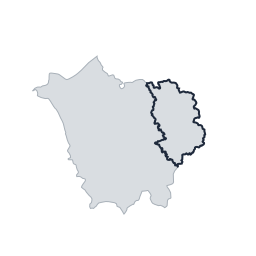 Vitebsk highlighted on a map of Belarus, rotated 59°
{"feature_id": "BLR-2341", "entity_name": "Vitebsk", "entity_type": "Region", "adm_level": 1, "iso_a3": "BLR", "parent_name": "Belarus", "parent_adm1": "", "projection": "albers", "projection_center": [28.969, 55.191], "detail": "fine", "context": "in_parent", "style": "outline", "palette": "slate", "viewbox_px": 256, "rotation_deg": 59, "n_neighbors": 0, "source": "natural_earth", "source_scale": "10m", "svg_char_len": 9114}
<svg xmlns="http://www.w3.org/2000/svg" viewBox="0 0 256 256"><g transform="rotate(59 128 128)"><path d="M199.7,175.8L196.1,175.7L191.9,175.9L189.6,177.7L187.0,176.9L185.2,177.9L181.1,182.6L179.5,185.1L178.1,188.9L177.2,191.7L177.7,193.6L178.6,195.4L178.8,197.4L179.2,198.9L178.2,200.0L177.6,201.6L175.8,201.4L173.6,199.9L173.1,197.7L171.4,196.2L170.2,195.4L168.4,195.3L165.5,196.1L161.7,196.7L158.8,196.8L157.2,197.6L154.9,198.4L154.0,197.5L152.7,195.0L151.7,192.5L150.9,191.4L150.3,191.1L149.5,191.1L148.6,191.9L148.0,192.7L145.6,193.7L144.5,194.6L143.3,196.9L142.5,196.7L141.7,196.2L140.8,193.6L139.6,193.0L137.6,193.0L135.1,192.4L133.1,191.6L132.3,191.8L131.1,192.8L129.8,193.0L126.9,192.0L126.4,192.4L124.7,195.2L123.9,195.4L123.5,195.0L123.8,192.5L122.1,191.6L119.3,191.4L117.4,191.7L116.4,191.6L115.9,191.1L113.6,186.9L112.4,186.6L110.1,186.7L106.7,186.1L102.9,185.0L100.8,184.6L99.7,183.6L97.4,183.2L91.1,181.2L88.5,180.8L84.7,180.6L78.9,179.9L75.1,179.9L73.4,180.4L71.3,180.6L64.4,180.7L61.9,181.0L61.1,181.8L60.2,183.7L57.1,186.8L54.1,188.8L53.6,189.0L52.1,187.7L50.8,187.2L49.2,186.9L48.0,187.2L47.3,187.7L47.2,190.3L47.0,190.5L46.0,187.4L46.3,184.6L47.1,183.1L48.0,181.8L47.9,179.6L48.9,176.9L49.1,174.9L48.8,174.0L48.2,172.9L46.5,171.6L45.8,170.7L43.5,169.3L41.2,167.7L40.8,166.8L41.0,166.2L41.5,165.3L43.6,162.7L45.7,160.2L47.1,159.3L54.0,156.4L55.1,155.3L55.5,153.3L55.7,149.2L55.6,145.5L55.3,142.9L54.4,138.1L51.7,127.9L50.5,117.5L51.7,118.2L54.8,118.7L57.3,118.2L58.6,118.2L59.7,118.5L63.0,118.1L63.7,119.1L65.1,120.0L68.1,119.0L70.7,117.7L73.3,118.0L73.7,117.4L74.5,113.8L75.4,113.0L78.5,113.6L79.7,113.0L81.0,111.2L82.8,110.2L84.4,110.3L86.0,109.1L86.8,110.0L87.1,111.5L86.5,112.7L86.7,113.2L87.8,113.8L89.7,113.9L90.9,113.5L91.2,112.8L91.3,111.6L91.0,110.4L90.3,109.3L88.8,108.8L87.8,108.7L87.6,108.0L88.0,106.7L89.1,104.2L90.3,102.0L91.1,101.2L91.2,100.4L91.1,99.0L91.2,96.5L92.4,93.1L93.9,90.6L95.7,89.8L98.0,89.5L99.5,88.3L100.2,86.9L100.9,84.7L101.6,84.3L107.0,84.7L107.8,82.5L108.3,81.9L109.4,81.3L110.1,80.5L109.9,79.9L108.5,79.5L105.3,79.0L104.7,78.2L104.9,77.4L105.9,75.1L106.8,72.2L107.3,69.9L107.4,68.5L107.8,68.2L110.4,67.8L111.3,67.4L113.6,64.3L115.3,63.8L119.6,64.8L121.7,64.7L124.2,65.0L124.4,64.7L125.4,61.6L129.7,56.7L132.0,55.0L133.5,54.7L134.0,54.8L136.3,57.4L136.8,57.5L138.3,56.4L141.0,56.4L142.2,57.3L143.9,60.5L144.9,60.9L147.4,59.1L148.9,58.5L149.8,58.5L154.7,61.0L155.0,61.8L155.1,62.7L154.3,65.7L155.3,67.5L156.5,68.7L159.0,66.6L159.9,66.1L161.0,66.0L162.3,65.3L163.3,64.1L164.2,63.7L166.0,64.0L169.2,63.6L173.0,65.3L173.4,65.9L175.3,67.9L176.0,68.9L176.6,69.2L177.7,70.2L179.0,70.8L180.0,70.6L180.4,70.9L180.9,71.7L180.9,73.0L180.9,76.9L179.6,79.0L179.4,79.7L179.5,80.5L180.6,82.2L182.1,84.7L182.5,86.2L182.5,87.3L180.7,90.7L180.1,91.5L179.7,93.1L179.5,94.8L179.6,95.5L182.9,98.0L185.4,99.4L185.9,100.1L186.0,100.5L184.8,103.4L184.7,104.1L186.7,105.2L187.8,107.1L188.8,110.0L190.8,112.9L197.8,116.8L198.4,117.6L198.7,118.5L198.5,120.5L197.4,124.3L198.6,124.8L201.7,124.5L205.4,124.8L210.0,127.2L210.1,128.4L209.7,129.5L210.0,130.7L210.6,131.6L214.6,134.4L215.0,135.2L215.2,136.7L215.1,137.7L214.0,138.0L212.9,138.6L211.0,140.0L210.3,141.8L207.2,144.4L205.3,145.6L203.8,145.8L200.0,145.4L198.6,144.2L198.1,143.1L196.6,142.7L194.7,142.7L192.1,143.0L191.6,143.4L191.2,144.8L190.1,147.2L189.4,148.5L192.9,153.1L194.6,154.9L195.2,156.1L195.2,156.9L194.5,157.9L194.7,159.9L196.4,162.5L195.9,162.9L195.8,166.1L196.0,169.5L196.4,170.3L197.4,171.0L198.2,172.2L199.5,175.0L199.7,175.8Z" fill="#d9dde1" stroke="#a8b0b8" stroke-width="1"/><path d="M106.1,79.3L105.8,79.3L104.8,78.9L104.6,78.7L104.5,78.4L104.7,77.8L105.3,76.8L105.5,75.7L105.7,75.4L106.3,74.8L106.4,74.4L106.1,73.8L106.2,73.0L107.3,71.5L107.5,70.9L107.6,70.1L107.5,69.3L107.4,68.5L107.8,67.9L108.2,67.7L108.7,67.8L109.5,68.2L109.9,68.1L111.3,67.5L111.7,67.1L112.7,65.3L113.7,64.2L114.1,63.9L116.3,63.7L117.0,63.8L117.4,64.0L118.4,65.0L118.9,65.2L119.2,65.1L120.4,63.9L120.8,64.5L121.3,64.8L121.8,65.0L124.0,65.2L124.5,65.2L124.8,64.0L124.9,62.6L125.4,61.3L127.1,60.2L127.7,59.2L127.8,58.5L128.3,58.0L129.5,57.1L130.0,56.0L130.3,55.7L131.2,55.5L131.9,55.2L132.7,54.6L133.4,54.4L134.0,54.8L134.3,55.3L135.5,56.6L136.0,57.4L136.4,57.7L136.7,57.8L137.1,57.6L137.7,56.7L138.0,56.5L140.5,56.2L141.8,56.5L142.9,58.3L143.1,59.0L143.2,59.8L143.4,60.4L143.8,60.8L145.1,61.1L145.5,61.1L145.5,60.3L146.0,59.9L147.0,59.4L148.0,58.8L148.8,58.4L149.8,58.5L150.8,58.8L152.1,59.8L154.7,60.5L155.0,60.7L155.6,61.4L155.8,61.7L155.8,62.0L155.5,62.2L155.1,62.4L155.0,62.5L154.8,62.8L154.6,64.1L154.2,65.1L154.2,65.6L154.3,66.2L154.5,66.7L155.3,67.4L156.2,68.6L156.5,68.8L157.0,68.6L158.3,67.0L159.9,66.0L160.4,65.9L161.6,66.2L162.0,66.0L162.6,64.7L163.1,64.2L163.7,63.8L164.4,63.6L165.1,63.7L167.1,64.4L167.5,64.2L168.3,63.5L168.7,63.3L169.0,63.4L169.9,64.1L173.2,65.1L173.4,65.3L173.4,65.6L173.3,66.1L173.5,66.3L175.0,67.0L175.3,67.4L175.4,67.7L175.3,68.3L175.3,68.5L175.5,68.9L175.8,69.2L176.2,69.3L176.9,69.2L177.2,69.3L178.0,71.0L178.5,71.1L179.1,70.8L179.8,70.5L180.5,70.8L181.0,71.6L181.1,72.8L180.8,73.8L181.1,74.0L181.0,74.4L180.6,74.8L180.5,75.3L180.7,75.8L181.2,76.6L181.2,77.2L181.0,77.5L180.0,78.3L179.4,79.2L179.2,79.8L179.2,80.3L179.3,80.7L179.6,80.9L180.3,81.3L180.5,81.6L180.8,82.7L181.1,83.1L181.9,83.7L182.1,84.0L182.1,84.4L182.1,84.5L182.4,84.6L182.6,84.9L182.6,85.1L182.5,85.4L182.4,85.6L182.3,85.8L182.4,86.0L182.8,86.8L183.0,87.6L183.0,88.1L182.6,88.3L181.8,88.1L181.4,88.1L181.3,88.5L181.5,89.0L181.8,89.3L181.9,89.7L181.6,90.3L181.3,90.5L180.2,90.8L179.8,91.1L179.9,91.4L180.0,91.9L180.0,92.6L179.8,93.1L179.4,93.5L179.1,94.1L179.0,94.9L179.1,95.4L179.4,95.6L180.1,95.8L182.9,97.7L183.1,98.2L183.2,98.8L183.6,98.7L185.1,98.8L185.5,99.6L186.2,100.2L185.8,101.3L184.9,102.8L184.5,104.1L185.0,104.5L186.4,104.8L186.6,105.2L186.2,105.3L185.6,105.2L185.1,105.6L184.4,105.9L184.3,106.1L184.4,106.7L184.3,106.8L182.3,105.9L182.0,106.0L181.8,106.2L181.7,106.3L181.8,106.6L181.7,106.8L181.2,106.9L180.0,106.9L179.1,106.8L178.3,106.4L178.0,106.5L177.5,106.8L177.5,107.1L177.3,107.3L176.6,107.6L176.3,107.8L176.2,108.0L176.3,108.1L176.7,108.5L176.8,108.7L176.4,109.1L176.1,109.9L175.7,110.2L175.2,110.5L174.9,110.5L174.4,110.3L173.8,109.8L173.4,109.0L173.2,108.8L173.0,109.0L172.9,109.4L172.8,109.6L171.9,110.1L171.6,110.1L170.6,109.9L170.4,109.7L170.5,109.6L171.0,108.7L171.3,108.0L171.4,107.9L170.2,108.6L169.2,108.5L169.1,109.1L168.8,109.2L167.8,108.5L167.8,108.4L168.0,108.1L167.7,108.0L167.4,108.2L167.3,108.6L167.1,109.0L166.4,109.5L166.4,110.0L166.7,110.6L166.7,110.8L166.6,111.1L166.4,111.2L165.7,111.2L165.3,111.0L165.3,110.7L164.2,110.5L164.2,110.2L163.8,109.8L163.9,109.5L163.8,109.3L162.9,109.1L162.7,109.4L163.0,109.7L163.0,109.8L162.9,109.9L162.5,110.1L160.1,110.4L159.9,110.4L158.9,110.0L158.4,109.9L158.1,110.1L157.8,110.8L156.9,111.1L156.6,111.8L156.4,112.0L155.7,112.5L155.0,112.7L154.9,112.7L154.6,112.3L154.7,111.4L154.8,111.1L155.4,110.6L155.6,110.3L155.6,110.1L155.2,109.5L154.8,109.1L155.0,108.8L155.2,108.3L155.3,108.2L155.5,107.9L155.6,107.3L155.8,104.8L156.3,103.9L156.3,103.6L156.1,103.3L156.0,103.1L156.9,102.0L156.8,101.2L156.6,100.9L156.4,100.9L156.2,100.9L156.2,101.6L156.0,101.9L155.8,101.9L154.5,101.6L153.7,102.2L153.0,102.0L152.3,101.9L152.3,101.0L152.2,100.5L152.1,100.3L151.8,100.2L151.0,100.5L150.7,100.5L150.6,100.4L150.6,100.2L150.9,99.9L150.7,99.9L150.0,100.2L149.5,100.9L149.1,101.1L148.6,101.1L146.2,100.7L146.1,100.9L146.0,101.4L146.0,101.6L146.3,102.0L146.1,102.6L145.6,102.8L145.4,102.7L145.3,102.1L145.0,102.0L144.2,101.9L143.8,102.3L143.6,102.3L142.5,101.9L142.3,101.7L142.2,101.3L142.2,101.1L142.5,100.5L142.5,100.3L142.4,100.2L142.2,99.8L142.0,99.7L141.6,100.2L141.3,100.3L140.9,99.6L139.3,100.0L139.2,100.2L138.3,102.8L138.0,102.9L137.7,102.9L136.9,102.4L136.8,102.0L136.7,101.8L136.5,101.6L135.9,101.3L135.7,101.0L135.3,100.3L134.8,99.9L134.4,99.8L133.5,100.0L133.1,100.1L132.5,100.5L131.5,100.3L129.3,100.9L129.2,100.7L129.1,100.2L128.8,99.9L128.5,99.9L128.1,100.4L127.9,100.4L126.6,100.1L126.3,99.6L125.8,99.1L125.6,98.6L125.3,98.1L125.5,97.6L125.6,97.1L125.3,96.8L124.4,96.2L122.7,95.9L122.5,95.7L122.7,95.1L122.7,94.9L121.3,93.6L120.8,92.9L120.5,92.8L119.6,92.9L119.2,92.8L119.1,92.7L119.1,92.2L118.9,91.9L118.5,91.2L118.0,90.7L118.5,89.9L118.6,89.7L118.4,89.4L118.0,89.1L117.0,89.3L115.6,88.9L115.0,89.3L115.0,89.5L115.0,89.9L115.0,90.2L114.7,90.4L113.4,90.4L112.7,90.3L112.5,90.2L112.2,89.7L111.9,89.6L110.1,89.8L109.4,90.3L109.0,90.4L108.8,90.3L108.6,90.0L108.4,89.7L108.2,89.6L107.1,89.6L106.7,90.0L106.3,90.1L105.6,89.7L104.7,89.7L104.2,89.6L103.0,89.0L102.7,89.2L102.6,89.5L102.7,89.9L102.6,90.1L102.4,90.2L102.1,90.0L101.9,90.0L101.4,90.5L101.1,90.6L100.9,90.4L100.7,90.1L100.7,89.3L100.5,89.2L99.4,88.6L99.7,88.1L100.4,86.8L100.5,86.5L100.5,86.1L100.5,85.4L100.6,85.1L101.2,84.2L101.9,84.1L104.0,84.7L104.5,84.2L104.8,84.2L106.6,85.1L106.9,85.0L107.2,84.6L107.4,83.7L107.6,82.9L107.7,82.6L108.0,82.2L108.5,81.7L108.8,81.6L109.9,81.3L110.3,81.0L110.5,80.5L110.4,80.0L110.0,79.7L107.2,79.1L106.1,79.3Z" fill="none" stroke="#1e293b" stroke-width="2"/></g></svg>